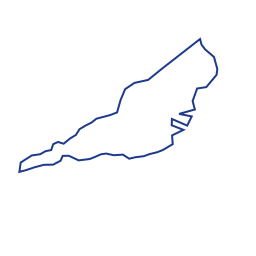 Esteio, Rio Grande do Sul, Brazil (orthographic projection), rotated 141°
{"feature_id": "56859067B79685081913464", "entity_name": "Esteio", "entity_type": "district", "adm_level": 2, "iso_a3": "BRA", "parent_name": "Brazil", "parent_adm1": "Rio Grande do Sul", "projection": "orthographic", "projection_center": [-51.16, -29.85], "detail": "fine", "context": "isolated", "style": "outline", "palette": "blue", "viewbox_px": 256, "rotation_deg": 141, "n_neighbors": 0, "source": "geoboundaries", "source_scale": "gbopen_adm2", "svg_char_len": 881}
<svg xmlns="http://www.w3.org/2000/svg" viewBox="0 0 256 256"><g transform="rotate(141 128 128)"><path d="M240.0,162.3L233.7,159.4L225.4,156.3L216.5,152.3L209.2,146.6L201.0,145.0L196.3,147.4L191.5,143.7L186.7,133.9L177.3,128.0L171.5,126.2L165.6,124.6L161.1,121.9L156.2,115.8L148.7,110.5L146.4,103.4L140.8,100.7L133.4,96.1L128.3,94.4L120.5,90.8L114.9,89.0L103.4,87.3L98.4,94.5L86.1,91.7L92.3,102.6L88.2,107.4L80.5,92.6L71.2,96.9L79.4,106.8L64.4,100.3L60.8,108.3L49.4,115.2L41.4,110.5L25.7,113.6L21.5,117.6L16.5,129.0L18.6,140.6L18.4,146.5L16.0,151.8L63.4,152.7L82.1,152.7L94.6,159.0L105.8,160.0L116.0,154.5L126.7,147.0L133.8,149.3L146.7,155.1L153.1,155.2L159.5,156.6L166.4,157.6L172.9,155.4L179.5,156.3L187.9,156.3L191.2,161.2L196.3,162.5L201.6,159.2L206.7,161.9L212.8,162.9L220.0,167.2L226.9,168.0L233.1,168.7L240.0,162.3Z" fill="none" stroke="#1e3a8a" stroke-width="2"/></g></svg>